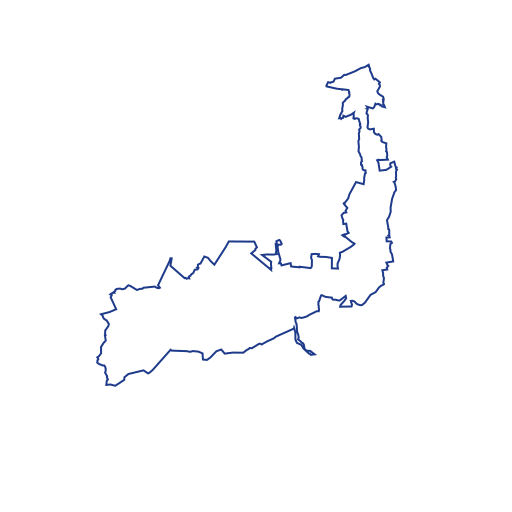 Villa de Álvarez, Colima, Mexico, rotated 330°
{"feature_id": "50627088B49259449060306", "entity_name": "Villa de Álvarez", "entity_type": "district", "adm_level": 2, "iso_a3": "MEX", "parent_name": "Mexico", "parent_adm1": "Colima", "projection": "albers", "projection_center": [-103.768, 19.327], "detail": "fine", "context": "isolated", "style": "outline", "palette": "blue", "viewbox_px": 512, "rotation_deg": 330, "n_neighbors": 0, "source": "geoboundaries", "source_scale": "gbopen_adm2", "svg_char_len": 6127}
<svg xmlns="http://www.w3.org/2000/svg" viewBox="0 0 512 512"><g transform="rotate(330 256 256)"><path d="M417.3,256.9L419.4,252.8L421.3,251.7L420.8,250.5L422.0,249.7L421.5,249.2L421.7,247.8L422.9,243.4L418.8,242.9L418.0,243.7L417.4,245.8L417.6,246.3L413.6,246.5L411.7,246.5L405.8,243.9L408.8,236.1L408.8,233.6L410.0,233.7L411.2,234.8L418.4,238.5L418.6,235.7L419.8,234.8L421.4,231.5L421.0,230.5L422.2,229.1L423.3,226.4L425.2,223.6L422.5,220.5L422.1,218.8L422.8,218.3L424.0,215.6L423.1,211.7L421.6,211.6L420.3,209.8L420.1,207.6L421.7,204.7L417.7,203.2L416.8,201.6L416.9,200.3L420.0,196.3L421.7,192.4L423.4,189.9L423.0,187.6L426.2,184.6L426.0,184.3L426.3,184.4L426.7,183.5L426.7,182.1L430.9,186.6L432.9,186.1L435.5,183.9L435.7,184.5L436.5,185.1L437.4,185.1L438.3,185.7L438.3,186.2L439.3,187.1L439.0,187.8L440.0,188.4L439.9,189.5L442.0,191.6L442.4,188.9L442.1,188.1L443.1,186.5L443.2,185.5L444.1,185.3L444.2,183.9L445.1,183.9L445.7,181.6L443.7,177.9L443.1,176.0L443.4,174.0L448.1,171.2L448.8,169.4L448.5,168.4L450.1,167.6L448.3,162.7L448.0,162.1L446.7,162.2L446.5,160.6L447.4,154.6L447.4,153.2L447.6,152.1L448.3,151.3L448.6,149.4L448.3,148.1L448.9,147.9L449.2,146.7L444.6,146.8L440.8,145.7L433.9,145.5L424.2,144.1L423.0,143.2L418.8,144.1L413.0,141.9L410.2,143.8L408.0,143.1L407.1,143.3L405.4,141.5L402.0,143.8L401.9,144.4L409.6,151.5L413.4,154.3L413.7,155.1L414.3,154.9L419.1,158.5L418.6,161.0L418.1,161.2L417.9,162.6L416.8,164.3L416.1,164.8L414.7,164.6L414.2,165.1L412.0,165.1L411.2,165.9L407.8,166.7L406.6,168.9L404.1,171.8L403.3,173.7L400.1,175.5L397.1,178.1L397.6,178.2L397.7,178.9L398.0,178.9L398.3,179.8L399.0,179.4L400.3,179.9L401.4,178.7L401.4,179.2L402.4,179.0L403.0,180.2L404.5,180.5L408.9,181.1L412.5,180.8L411.1,182.1L411.1,183.0L409.3,185.4L410.1,186.0L409.9,186.5L412.2,187.1L413.5,188.7L412.9,190.6L412.3,193.9L411.7,194.0L411.2,195.0L411.2,196.6L410.4,197.5L408.6,198.0L407.8,200.0L406.4,201.2L403.7,206.5L402.2,207.5L399.6,213.1L397.1,216.6L397.0,220.0L396.5,221.8L396.7,223.3L395.9,225.2L395.2,226.2L395.2,226.9L393.7,227.5L392.6,229.5L393.3,230.3L392.8,230.9L392.8,232.1L391.8,234.0L391.8,234.7L392.5,235.9L393.6,236.5L392.6,239.0L391.7,239.0L388.6,242.6L387.7,244.4L385.1,247.6L379.6,242.0L367.7,249.3L364.7,252.2L359.6,254.3L358.8,254.2L358.7,255.1L358.2,255.0L359.1,260.0L356.1,261.7L356.0,263.4L353.4,262.5L350.4,263.5L349.6,266.9L349.7,268.2L349.0,269.0L347.6,272.0L350.3,273.1L347.6,280.3L347.8,282.3L342.8,281.9L343.0,281.4L341.2,281.2L342.1,283.3L342.6,283.1L345.9,291.8L347.5,294.6L346.6,295.0L342.6,295.5L333.0,295.6L330.3,295.1L329.1,297.6L326.7,300.5L323.0,303.2L321.7,305.2L320.7,307.9L315.5,304.6L320.8,295.6L316.1,291.8L310.9,288.6L309.6,287.3L311.4,285.9L308.2,283.7L305.1,282.2L302.8,285.1L302.4,287.5L299.4,292.5L298.1,293.6L297.1,293.7L288.4,287.1L288.1,287.6L281.2,282.7L282.4,279.5L273.4,276.9L273.9,274.8L272.3,273.9L274.8,272.1L275.6,270.7L277.2,264.0L279.2,258.9L280.9,257.3L282.9,258.5L283.8,258.7L284.3,258.4L284.6,255.5L284.5,254.3L284.1,253.7L281.1,253.4L280.1,255.9L279.3,256.5L278.9,255.8L276.2,261.7L275.2,262.5L274.9,264.7L271.4,263.3L266.6,260.3L261.8,258.2L266.3,268.6L265.1,270.1L263.2,274.2L262.7,273.9L262.1,275.5L253.2,251.4L258.4,250.5L259.2,249.4L261.1,249.0L261.7,242.7L239.7,229.8L234.1,233.2L215.6,242.7L214.2,237.9L213.5,233.6L211.0,230.6L204.1,234.8L202.6,234.4L201.3,234.6L200.1,236.5L200.2,237.1L199.3,236.8L199.6,237.8L198.8,238.4L196.0,237.3L193.3,239.3L190.3,239.6L189.5,240.3L187.5,240.3L187.0,242.0L186.1,241.3L184.5,241.0L184.1,239.7L183.1,239.5L177.0,221.6L181.8,215.9L180.8,215.2L178.6,217.2L156.5,232.4L156.9,235.4L155.7,235.3L154.0,233.7L153.1,231.9L142.6,227.2L141.3,227.6L139.0,226.4L135.9,225.9L132.3,219.3L131.1,217.7L130.1,217.6L126.3,218.7L123.4,217.9L122.1,216.3L119.0,214.9L117.3,215.0L116.7,215.9L115.2,216.0L115.0,217.1L113.4,216.2L110.7,216.4L111.5,217.8L109.5,219.1L108.3,232.2L101.1,231.3L92.7,229.0L93.3,230.7L92.9,233.5L93.1,234.7L94.4,237.1L94.6,241.3L92.9,243.0L88.2,245.1L86.4,247.9L86.1,249.3L85.5,249.1L83.8,253.7L83.3,254.3L80.7,255.0L76.3,257.3L73.2,262.8L69.8,264.3L67.9,264.4L68.0,266.2L67.6,266.8L66.6,267.0L65.2,269.0L66.1,271.1L68.6,274.2L69.8,274.9L70.0,276.4L69.3,278.9L67.7,281.1L67.0,281.5L66.9,285.8L66.2,286.5L66.0,288.9L64.6,289.2L61.9,292.8L65.7,294.5L69.2,298.0L79.9,297.4L81.5,295.2L86.5,294.4L101.4,298.8L103.8,303.7L105.5,303.8L109.3,303.1L135.2,294.5L135.7,295.8L148.3,303.7L151.1,306.1L153.7,306.7L158.3,310.0L161.0,313.6L158.3,319.1L161.6,321.5L165.7,321.1L174.1,318.7L179.1,319.6L180.1,324.9L187.5,328.0L196.7,333.4L200.9,332.7L203.1,332.9L204.5,332.5L206.3,333.8L215.0,333.6L216.0,334.3L216.6,335.4L223.3,335.5L229.9,336.2L233.1,335.8L251.5,337.7L252.6,337.7L253.0,337.3L251.9,341.8L248.3,348.2L248.0,351.7L250.8,355.6L250.9,360.0L253.1,367.0L253.8,367.3L253.9,368.9L257.6,370.5L255.5,365.3L253.0,363.7L251.9,362.1L251.7,360.4L253.1,356.6L253.1,355.1L252.3,354.0L251.9,352.0L250.7,349.2L252.2,348.1L253.3,344.9L253.5,343.1L254.2,341.2L257.1,335.2L257.3,333.1L259.0,328.7L259.7,328.7L259.6,330.3L262.9,330.9L264.4,332.4L266.1,332.9L269.8,333.8L272.4,333.6L281.0,334.2L282.7,335.2L284.0,333.7L284.4,332.2L285.4,330.6L285.4,329.9L287.2,326.8L287.9,326.8L292.6,322.7L293.4,322.8L295.8,326.2L300.9,330.0L300.5,331.6L301.2,332.6L303.2,333.7L304.5,335.2L306.3,336.4L313.7,335.4L313.0,337.6L310.1,339.0L304.8,340.7L303.5,342.0L313.5,347.5L314.9,346.0L315.3,343.3L315.8,342.9L315.8,342.4L317.2,343.0L318.5,344.6L319.1,347.2L319.8,348.6L321.7,350.7L323.2,351.5L326.9,350.9L335.8,346.9L341.5,347.1L346.7,344.8L349.0,344.3L352.6,344.5L352.9,344.1L352.9,342.9L355.7,339.2L356.3,336.4L357.4,334.7L358.3,331.5L362.9,333.3L363.4,331.5L365.6,330.7L365.3,329.6L365.6,326.9L372.1,329.3L374.2,323.8L374.7,321.5L374.6,319.4L375.6,317.9L375.8,316.4L378.3,312.9L380.3,312.6L380.3,311.0L376.5,308.6L378.2,305.2L381.1,306.7L381.8,304.6L381.4,304.3L382.1,304.1L384.4,300.0L384.5,299.5L384.0,298.7L384.8,297.5L387.3,290.5L390.8,288.6L394.8,285.0L396.8,281.3L402.5,274.5L407.9,269.9L410.3,268.9L411.6,265.8L412.7,261.6L412.4,260.8L413.7,260.9L415.8,259.7L416.2,258.1L417.3,256.9Z" fill="none" stroke="#1e3a8a" stroke-width="2"/></g></svg>